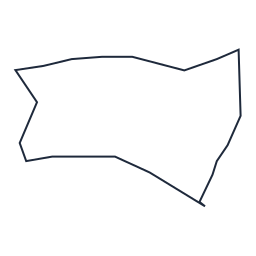 Jung-gu [Central District], Seoul, South Korea
{"feature_id": "91817680B29418542168397", "entity_name": "Jung-gu [Central District]", "entity_type": "district", "adm_level": 2, "iso_a3": "KOR", "parent_name": "South Korea", "parent_adm1": "Seoul", "projection": "equal_earth", "projection_center": [126.998, 37.546], "detail": "fine", "context": "isolated", "style": "outline", "palette": "slate", "viewbox_px": 256, "rotation_deg": 0, "n_neighbors": 0, "source": "geoboundaries", "source_scale": "gbopen_adm2", "svg_char_len": 373}
<svg xmlns="http://www.w3.org/2000/svg" viewBox="0 0 256 256"><path d="M15.4,70.1L37.0,102.2L36.2,104.1L19.7,143.0L26.2,161.1L52.2,156.6L115.0,156.6L149.7,172.5L205.0,206.3L199.5,201.9L212.5,174.7L216.8,161.1L227.6,145.2L240.6,115.8L238.6,49.7L216.8,59.1L184.3,70.4L132.3,56.8L102.0,56.8L71.7,59.1L43.5,65.9L15.4,70.1Z" fill="none" stroke="#1e293b" stroke-width="2"/></svg>